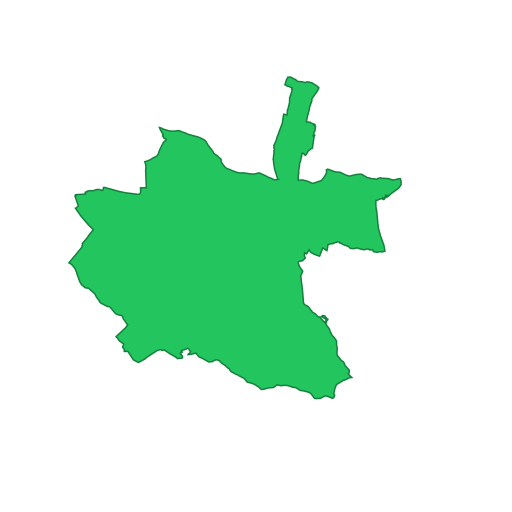 the district of Pungesti, Vaslui, Romania, rotated 145°
{"feature_id": "2599482B34424571679317", "entity_name": "Pungesti", "entity_type": "district", "adm_level": 2, "iso_a3": "ROU", "parent_name": "Romania", "parent_adm1": "Vaslui", "projection": "orthographic", "projection_center": [27.364, 46.71], "detail": "fine", "context": "isolated", "style": "filled", "palette": "green", "viewbox_px": 512, "rotation_deg": 145, "n_neighbors": 0, "source": "geoboundaries", "source_scale": "gbopen_adm2", "svg_char_len": 6146}
<svg xmlns="http://www.w3.org/2000/svg" viewBox="0 0 512 512"><g transform="rotate(145 256 256)"><path d="M261.4,416.6L261.9,414.4L262.3,410.4L262.2,408.8L263.3,408.4L263.7,407.9L263.6,406.8L263.8,405.0L262.6,403.6L263.0,402.6L266.5,402.3L274.4,398.0L277.6,395.6L279.4,394.9L281.5,394.9L284.8,395.5L286.9,395.4L291.3,396.4L293.0,397.1L293.7,394.8L294.8,392.5L297.8,388.7L306.7,374.8L311.5,378.1L313.8,374.6L315.5,373.5L316.2,373.5L317.6,374.5L326.5,382.5L331.0,387.3L341.1,399.5L341.6,399.5L343.8,397.7L345.1,398.7L346.1,400.3L347.8,401.5L349.6,402.3L352.0,402.8L354.8,405.0L357.5,406.0L357.9,405.5L359.3,406.2L360.2,404.6L368.6,409.7L369.3,408.5L369.9,408.9L372.8,399.0L376.2,398.4L376.5,398.6L376.5,388.8L375.5,378.4L374.2,370.9L381.2,368.8L384.2,367.6L391.0,365.9L391.1,365.0L392.3,364.5L393.5,363.1L413.2,357.7L412.6,356.8L411.7,353.9L411.5,349.3L412.3,345.7L412.9,344.1L415.1,335.9L415.4,332.4L414.1,327.9L411.6,325.5L409.9,318.2L409.7,317.0L410.1,315.4L410.3,312.2L410.1,309.8L410.4,308.0L410.0,306.2L407.1,300.6L405.2,298.4L404.8,297.5L404.2,290.1L403.6,288.2L402.1,286.2L400.6,284.8L400.1,283.8L400.1,282.8L400.8,280.4L400.6,278.0L400.8,274.6L400.5,273.3L403.6,272.1L416.9,270.2L416.4,267.2L416.7,266.2L416.5,264.4L415.1,260.5L415.0,259.8L415.5,259.2L417.4,258.1L417.6,257.6L417.5,254.3L418.6,253.8L418.5,253.2L415.7,251.4L416.0,241.2L413.4,236.2L405.6,235.3L404.3,235.7L390.7,235.2L387.9,234.0L386.8,232.3L385.1,231.8L382.6,225.3L379.4,218.5L379.3,217.1L375.3,214.8L374.6,214.8L373.9,215.7L373.6,216.8L374.0,219.7L371.4,219.6L371.5,220.3L371.8,220.6L371.6,221.1L370.5,221.1L367.6,220.0L364.8,219.6L364.3,218.4L364.7,216.7L364.3,215.5L365.9,214.5L367.8,214.5L368.2,214.2L365.9,212.8L361.0,211.0L360.6,206.2L358.3,202.2L355.5,196.3L352.0,194.4L350.1,194.5L347.6,193.5L346.1,191.2L345.8,190.6L346.0,189.7L345.6,187.9L344.0,183.9L343.4,180.6L342.6,179.0L342.9,176.7L342.7,175.4L339.9,170.0L338.9,168.7L338.4,167.1L336.6,163.8L335.6,162.4L335.9,161.1L335.5,157.6L332.7,154.5L330.8,151.6L328.7,146.5L328.6,144.7L328.2,143.7L326.5,142.5L322.0,141.1L317.4,138.4L315.5,138.2L312.7,138.5L312.0,137.4L311.3,137.0L310.2,135.6L306.6,133.6L304.6,131.9L302.8,129.8L301.4,127.5L299.6,126.0L298.6,124.7L297.0,120.7L294.0,117.8L290.6,113.6L290.0,111.9L289.8,109.2L289.9,107.0L289.6,105.5L285.1,102.5L279.6,101.8L277.5,99.5L275.4,96.1L274.8,95.5L273.8,95.4L272.6,95.8L271.3,97.0L271.4,97.9L271.2,98.6L267.0,102.5L263.8,104.5L256.2,104.0L251.9,102.9L251.0,103.0L249.6,102.8L247.2,101.5L247.7,103.8L247.9,106.3L247.4,106.8L246.8,106.8L245.1,108.8L245.5,112.9L245.9,115.2L245.2,117.5L245.1,119.3L245.7,120.5L246.2,122.7L246.1,124.8L246.3,126.6L246.6,127.0L245.8,129.5L242.1,134.3L241.1,136.8L238.8,140.1L238.7,144.3L239.2,147.4L238.7,149.9L238.6,151.5L237.8,153.7L237.7,155.1L237.9,158.5L237.6,159.9L237.7,160.8L236.2,161.2L235.8,162.3L233.6,162.6L233.4,163.0L233.9,163.9L233.8,165.2L234.2,166.9L234.0,167.5L235.5,169.0L237.2,168.9L235.6,165.6L235.2,164.3L235.2,163.4L235.7,162.8L238.0,162.5L238.8,169.3L240.2,171.2L240.5,174.5L241.9,177.3L242.2,184.3L242.5,185.4L244.0,188.0L244.1,190.1L237.3,201.7L233.3,209.4L231.8,211.9L231.1,213.7L226.5,216.7L226.3,217.8L226.5,219.6L226.4,222.3L225.4,226.0L225.0,226.8L223.5,226.8L221.0,225.5L216.9,225.9L216.2,228.4L214.4,230.8L213.3,228.7L208.9,230.6L209.1,228.1L208.7,226.7L207.0,223.5L204.0,219.4L196.8,224.2L196.3,223.6L195.2,220.2L194.8,219.7L191.9,222.5L190.7,224.0L188.0,223.2L185.9,222.0L183.5,221.6L180.3,220.3L179.7,219.6L179.9,218.3L178.9,217.4L177.9,215.1L174.7,210.5L174.5,208.7L173.8,207.6L171.2,205.6L170.2,205.5L168.8,204.7L168.0,204.0L166.5,201.8L164.5,199.7L163.3,198.8L161.0,198.1L159.5,196.7L159.6,196.1L159.4,195.8L156.9,194.2L157.3,192.2L154.7,189.6L152.7,188.8L150.2,186.9L147.6,186.0L145.0,191.6L142.5,201.0L139.8,208.5L138.5,210.5L138.1,211.7L131.1,224.0L131.3,224.1L129.9,226.8L128.2,229.6L125.9,232.8L124.8,232.0L122.7,231.9L119.9,230.7L118.7,230.9L118.6,230.5L119.5,230.0L119.5,229.6L118.8,228.9L117.6,229.2L116.9,230.2L116.4,230.3L116.2,230.2L116.6,229.6L116.2,229.6L115.2,231.2L115.1,230.9L116.0,229.4L114.7,229.1L113.7,230.5L113.5,230.1L113.9,229.6L113.4,229.0L109.2,229.6L100.4,229.7L96.2,231.2L94.2,234.2L93.4,236.5L94.5,237.3L99.5,239.2L101.4,241.0L101.6,241.6L103.5,243.8L108.2,247.4L109.1,248.6L111.7,249.7L112.6,249.4L114.4,250.8L114.9,251.6L117.2,253.2L118.0,254.5L120.0,256.5L120.9,258.9L121.5,259.8L122.0,261.4L123.1,262.9L127.4,265.4L133.6,267.8L135.8,270.5L139.1,276.4L142.8,279.4L147.4,286.0L148.9,286.3L150.0,284.3L151.0,283.4L154.9,281.5L159.1,280.3L167.4,282.7L168.6,283.8L170.4,287.1L174.0,291.4L177.9,293.9L175.0,298.0L173.8,298.9L171.7,301.9L168.6,305.0L166.8,307.3L165.8,307.6L165.1,308.2L162.4,310.8L161.0,311.7L160.8,312.5L159.1,313.7L158.4,312.9L158.0,310.5L157.6,310.1L155.6,310.7L153.1,312.1L151.4,312.0L149.4,312.3L148.0,311.9L139.9,320.5L139.7,320.9L140.3,321.0L140.2,321.8L139.5,322.0L138.8,321.5L138.8,322.7L137.2,324.2L136.0,324.7L132.8,328.1L133.4,329.8L132.3,330.0L134.8,333.7L134.9,334.5L137.7,337.1L133.2,341.5L131.7,342.4L130.7,343.5L128.2,345.4L127.0,347.0L121.2,351.1L120.1,352.7L110.7,356.1L108.0,357.7L108.5,360.3L110.8,365.7L112.7,368.0L114.8,369.6L116.1,369.7L118.3,372.3L121.5,374.9L122.2,376.4L122.3,377.8L123.3,379.2L124.4,381.7L125.3,383.0L127.4,384.2L128.3,383.5L129.5,383.2L134.1,379.7L133.3,378.3L133.1,377.5L132.0,376.2L130.0,372.9L131.2,372.0L131.0,371.5L131.6,370.8L137.8,366.2L140.6,362.4L145.7,357.9L146.2,357.9L149.6,353.8L152.0,356.3L158.3,349.7L171.8,340.4L172.8,339.3L178.3,336.1L178.3,335.5L179.4,334.3L179.6,332.7L180.8,332.1L181.7,331.0L181.6,330.7L186.6,325.2L186.5,324.8L187.5,323.4L190.9,316.6L193.9,307.2L194.1,306.6L193.9,306.0L197.2,307.7L198.9,310.9L200.4,312.8L201.7,315.5L205.7,322.3L210.6,324.2L213.4,326.4L218.3,331.1L221.8,333.4L223.8,335.7L227.0,340.2L227.6,341.6L229.4,343.9L230.4,346.3L230.6,350.7L230.4,353.3L229.1,355.3L230.0,358.4L230.1,360.2L231.7,364.0L231.3,367.1L231.7,374.4L231.3,378.4L231.4,379.7L232.3,381.9L235.0,386.5L242.3,395.3L243.3,397.4L245.6,400.3L246.7,402.4L247.4,403.1L251.6,405.3L255.3,408.2L259.3,413.3L260.2,415.2L261.4,416.6Z" fill="#22c55e" stroke="#15803d" stroke-width="1.5"/></g></svg>